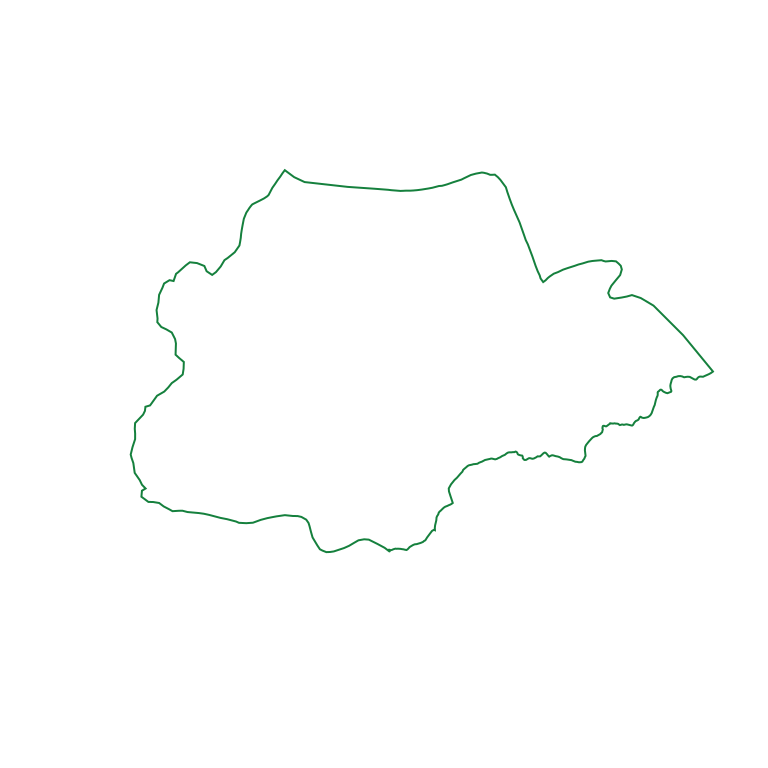 outline of Khoune, Xiangkhoang, Laos, rotated 314°
{"feature_id": "54806243B13600000049447", "entity_name": "Khoune", "entity_type": "district", "adm_level": 2, "iso_a3": "LAO", "parent_name": "Laos", "parent_adm1": "Xiangkhoang", "projection": "natural_earth1", "projection_center": [103.534, 19.269], "detail": "fine", "context": "isolated", "style": "outline", "palette": "green", "viewbox_px": 768, "rotation_deg": 314, "n_neighbors": 0, "source": "geoboundaries", "source_scale": "gbopen_adm2", "svg_char_len": 6142}
<svg xmlns="http://www.w3.org/2000/svg" viewBox="0 0 768 768"><g transform="rotate(314 384 384)"><path d="M420.9,164.5L419.6,164.6L417.1,164.9L414.6,165.4L411.7,165.9L405.5,168.4L400.4,171.7L396.5,174.3L392.8,176.9L389.7,179.4L386.1,181.9L383.2,183.8L375.1,185.1L366.0,184.0L362.3,183.2L355.1,184.9L347.8,185.4L343.1,184.6L341.9,178.1L344.1,172.8L341.1,165.5L336.7,159.8L331.6,159.0L327.2,158.7L321.4,158.3L318.8,157.9L311.9,161.1L309.7,157.6L303.5,156.0L299.5,157.7L291.9,160.3L285.8,165.2L279.2,169.0L273.8,175.6L271.0,178.0L270.3,184.2L272.1,189.5L273.6,195.6L271.2,202.5L268.6,206.2L260.3,213.7L260.4,218.6L260.8,224.7L255.7,229.3L251.0,232.6L243.0,231.8L237.2,230.7L231.7,231.2L225.9,231.2L217.9,228.9L206.1,230.6L201.9,228.2L198.6,230.7L194.6,232.0L183.0,232.1L178.7,235.8L175.4,239.5L171.4,243.3L163.8,247.0L157.3,250.8L155.5,253.7L153.0,258.6L146.9,266.4L145.2,275.0L143.4,279.9L143.2,285.1L139.1,284.0L134.4,287.8L135.5,296.4L138.8,300.0L142.2,304.9L142.9,310.6L144.7,316.7L145.6,320.2L150.2,324.4L152.8,327.0L155.4,331.6L162.5,340.4L165.5,344.5L168.4,349.2L174.1,359.4L177.8,365.1L182.3,373.1L183.4,376.1L188.2,381.6L193.2,386.1L200.6,389.7L206.4,393.2L210.0,395.7L214.1,398.6L220.8,403.8L225.8,410.2L229.0,413.6L231.0,416.9L232.4,422.3L231.6,426.3L230.0,429.2L226.9,434.2L224.0,439.2L223.0,442.9L221.6,448.1L220.6,452.7L221.4,455.4L223.0,459.3L225.7,461.9L228.7,464.2L238.2,469.2L243.4,471.3L248.9,472.8L253.8,474.2L258.5,477.6L261.5,481.2L264.4,490.4L266.6,498.2L267.3,504.1L267.5,504.2L267.7,503.9L267.8,503.4L267.9,502.8L268.1,502.6L268.3,502.7L268.8,503.5L269.0,504.2L270.0,504.9L271.3,505.4L272.5,506.0L273.6,506.7L274.1,507.4L275.6,508.9L276.8,510.3L277.6,511.5L278.7,513.0L279.3,514.1L280.2,515.5L280.9,515.7L281.5,515.8L283.0,515.8L284.4,515.7L286.0,516.1L288.2,516.7L289.9,517.4L291.6,518.8L293.6,519.9L295.0,520.7L296.6,521.4L297.7,521.8L298.6,521.8L300.3,522.3L303.6,521.6L308.3,521.0L311.7,520.6L313.8,521.2L314.2,522.2L314.3,522.1L315.8,520.5L317.9,518.9L322.3,516.3L324.5,514.5L325.8,514.0L327.9,513.6L329.1,512.9L330.6,512.6L332.6,512.8L333.6,512.8L336.5,512.9L338.3,513.3L340.2,514.2L342.1,514.9L343.4,515.5L344.8,515.9L346.2,516.1L349.7,509.4L351.9,505.3L353.9,503.1L358.4,501.9L363.9,501.4L367.2,501.6L372.6,501.3L375.4,501.3L377.2,500.6L378.8,500.7L381.6,501.0L383.1,501.1L384.6,501.6L387.1,503.3L388.4,504.0L389.9,505.3L391.5,506.6L391.8,506.7L393.5,507.1L396.7,508.6L397.2,508.7L398.7,509.2L399.6,509.5L400.3,510.0L402.0,511.1L403.8,512.3L404.4,512.6L405.0,513.1L405.4,513.6L407.0,516.3L408.0,516.9L409.0,517.4L409.9,517.6L411.3,518.2L412.3,518.6L413.5,518.8L414.5,519.1L416.1,519.8L417.2,520.2L418.5,520.3L419.6,520.5L420.7,520.8L421.8,521.5L422.6,522.3L423.3,523.1L424.6,524.1L425.4,525.0L426.8,525.6L427.0,526.0L427.2,527.1L427.0,527.8L426.5,528.9L426.5,529.7L427.4,531.6L428.5,533.2L428.2,534.1L427.6,534.9L427.0,535.4L426.9,536.7L426.9,537.7L427.5,538.4L428.0,538.8L428.3,539.0L430.0,539.4L431.5,539.9L432.3,540.9L433.2,542.6L434.4,543.5L437.0,544.4L438.6,544.7L439.5,545.7L440.5,546.6L442.1,546.7L444.9,546.8L446.1,547.1L446.8,548.0L446.8,549.5L446.4,553.0L446.5,553.3L447.8,553.6L449.5,554.4L450.3,555.5L451.3,557.5L452.6,559.5L453.4,561.2L453.7,562.7L454.2,564.4L454.6,565.3L456.5,567.6L459.5,571.8L459.8,572.7L461.0,575.6L462.1,577.0L463.1,578.6L464.7,580.1L465.9,580.6L468.0,580.1L469.3,580.0L470.1,579.7L470.9,579.3L471.9,579.1L472.5,578.7L476.1,574.3L476.5,574.1L477.2,573.4L478.6,572.4L480.0,571.9L480.8,571.7L485.2,571.3L489.4,571.2L490.8,571.3L492.3,571.8L493.4,572.3L494.4,573.2L498.4,574.4L499.2,574.3L500.3,574.4L500.8,574.4L501.0,574.3L503.4,572.9L504.0,571.7L504.7,571.4L504.9,571.1L505.4,570.8L506.0,570.7L506.6,571.1L507.0,571.7L507.4,572.6L507.8,573.2L508.3,573.4L509.9,573.7L511.0,573.8L512.2,574.2L512.5,574.2L512.9,574.0L513.9,575.4L514.7,576.3L516.0,577.3L516.5,578.2L517.5,579.3L518.0,580.2L518.1,581.3L518.3,582.2L519.1,582.7L520.0,583.2L520.7,583.9L521.2,584.9L522.6,585.8L523.6,586.6L524.5,588.1L525.3,589.5L526.0,590.7L526.4,591.3L527.0,591.5L527.9,591.5L529.5,591.0L530.6,590.9L531.2,590.8L532.4,590.9L533.8,591.5L535.0,591.8L535.8,591.6L536.5,591.5L537.1,591.2L537.9,591.1L538.1,591.2L538.5,591.2L538.8,591.8L539.0,593.0L540.0,594.5L541.2,595.4L542.6,596.3L543.8,596.9L545.4,597.2L547.0,597.2L548.9,596.8L555.0,594.0L557.0,593.3L557.6,592.9L561.5,590.6L564.3,589.3L564.7,589.3L564.9,589.2L566.1,588.6L566.7,588.1L568.1,586.7L568.7,586.5L569.9,586.7L571.6,586.7L572.3,587.1L572.6,587.8L572.6,588.6L572.5,589.4L572.8,590.9L573.5,592.9L574.3,594.3L577.8,595.9L578.6,595.6L579.9,593.3L581.5,591.3L583.0,590.2L585.3,589.0L586.6,588.2L587.8,587.9L588.1,587.7L588.9,587.7L589.3,587.8L590.2,587.9L591.1,588.4L592.3,589.3L594.0,590.2L595.5,591.6L596.6,593.3L597.3,595.2L597.4,595.3L598.7,596.2L600.2,597.4L601.5,599.0L601.9,600.4L602.6,603.0L603.0,604.3L603.9,605.4L605.0,605.6L606.1,605.4L607.4,605.5L608.5,605.9L609.4,606.7L610.0,607.5L610.9,608.5L612.7,609.2L616.6,610.8L618.8,611.5L621.3,612.0L621.5,612.0L626.9,565.1L627.6,523.4L624.2,509.0L620.2,500.6L615.6,497.9L611.3,494.9L605.3,490.3L603.4,486.5L605.2,482.1L609.4,480.3L612.7,479.3L619.6,478.7L626.4,478.2L631.6,475.5L633.5,472.2L633.6,469.2L633.4,465.7L630.7,462.3L626.1,458.3L625.1,456.6L624.1,454.4L620.1,450.9L617.2,448.4L613.8,445.9L608.7,443.1L605.1,440.9L601.3,439.0L595.0,435.6L590.7,433.4L585.3,431.4L581.3,429.5L576.4,428.5L574.0,428.2L570.8,428.2L567.9,427.7L568.7,423.3L570.3,420.5L571.9,416.2L574.3,411.0L578.9,402.0L584.4,390.4L586.0,386.0L588.5,381.1L594.4,369.3L599.5,356.7L601.8,351.4L604.4,346.0L607.7,339.5L610.2,335.0L611.7,325.9L611.9,322.2L611.6,318.3L609.2,316.1L608.2,315.0L607.0,312.0L605.3,309.1L604.1,307.5L599.2,304.0L594.7,301.3L587.7,298.7L584.8,297.7L576.8,293.4L571.6,290.8L569.5,289.6L566.8,288.0L564.6,286.0L558.8,282.5L555.3,280.0L550.1,276.1L546.6,273.3L543.6,270.7L540.9,268.2L537.9,265.1L534.4,261.8L528.4,254.5L526.6,252.1L518.0,241.7L500.6,221.0L474.1,186.6L470.4,175.7L468.9,164.1L464.9,164.6L461.2,165.3L456.5,165.9L452.2,166.7L447.6,167.4L439.8,169.7L437.8,169.6L434.2,168.8L429.7,167.3L424.1,165.3L421.7,164.5L420.9,164.5Z" fill="none" stroke="#15803d" stroke-width="2"/></g></svg>